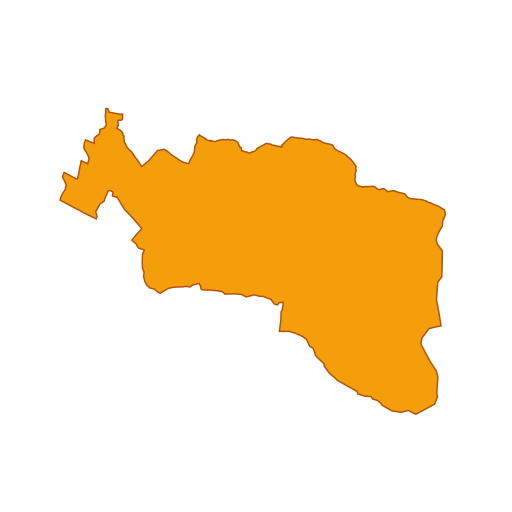 Dobarlau, Covasna, Romania, rotated 11°
{"feature_id": "2599482B41369855432730", "entity_name": "Dobarlau", "entity_type": "district", "adm_level": 2, "iso_a3": "ROU", "parent_name": "Romania", "parent_adm1": "Covasna", "projection": "orthographic", "projection_center": [25.881, 45.721], "detail": "fine", "context": "isolated", "style": "filled", "palette": "amber", "viewbox_px": 512, "rotation_deg": 11, "n_neighbors": 0, "source": "geoboundaries", "source_scale": "gbopen_adm2", "svg_char_len": 6014}
<svg xmlns="http://www.w3.org/2000/svg" viewBox="0 0 512 512"><g transform="rotate(11 256 256)"><path d="M443.2,380.8L459.6,367.3L461.0,359.7L459.5,355.6L457.6,340.1L454.9,334.4L446.6,325.8L434.6,310.9L434.6,304.6L439.8,294.1L450.9,289.2L446.6,277.3L441.5,264.5L440.9,259.7L439.4,246.8L442.4,241.0L438.0,215.5L431.7,209.7L429.9,205.8L429.8,204.0L430.0,201.9L430.5,199.0L431.7,195.2L432.3,193.8L432.9,192.2L433.0,191.3L433.0,189.7L432.7,185.8L433.6,181.6L433.9,179.3L433.8,178.2L433.3,176.9L433.0,176.3L432.5,175.6L432.3,174.8L427.7,173.2L425.8,172.4L425.2,172.3L422.4,171.8L420.0,171.3L417.0,170.5L414.7,170.3L412.2,169.5L410.0,169.2L407.7,169.1L405.1,169.3L402.3,169.7L399.9,169.9L397.2,170.2L395.6,170.1L393.9,169.6L390.1,166.7L388.9,166.5L384.2,166.3L382.3,166.2L380.5,165.8L379.6,165.7L378.6,165.6L376.1,166.4L375.3,166.7L374.4,167.3L373.4,167.6L372.4,167.3L371.1,166.6L370.0,166.0L368.8,165.7L368.0,165.7L367.3,165.8L365.9,166.5L364.3,167.3L363.7,167.4L363.0,167.3L362.1,167.0L361.3,166.6L360.3,165.9L359.7,165.6L359.1,165.4L358.3,165.4L357.3,165.4L355.8,165.6L353.1,166.5L352.2,166.7L350.4,166.9L348.9,167.5L346.9,167.9L344.0,167.7L342.6,167.5L341.1,166.5L340.0,165.2L338.6,162.7L338.3,160.7L338.4,158.8L338.1,158.0L337.5,156.9L337.7,155.7L337.7,155.1L337.8,154.6L338.0,154.1L338.0,153.1L337.2,150.8L337.0,149.8L337.0,149.4L337.2,149.1L335.7,147.5L332.9,144.9L331.4,143.7L329.4,142.3L326.8,141.0L325.9,140.2L325.0,139.6L322.8,138.9L319.0,137.7L316.6,137.2L315.7,136.9L312.9,135.7L311.5,134.2L310.4,132.7L309.7,132.5L308.5,132.3L307.2,132.2L301.4,132.0L299.8,131.9L298.7,131.4L298.0,130.9L296.9,130.7L295.5,130.5L293.7,129.9L289.9,131.1L287.8,131.1L286.8,131.0L285.8,131.1L284.0,131.6L281.6,131.9L279.9,131.6L279.1,131.7L278.3,131.8L275.9,132.0L274.7,132.2L273.8,132.2L271.9,132.3L268.7,132.3L267.5,132.7L264.0,136.9L261.5,140.6L260.4,142.3L260.1,143.3L260.4,144.2L259.0,144.0L257.6,143.9L256.9,144.1L255.5,144.1L251.7,143.9L250.5,144.0L249.6,143.5L247.3,143.4L246.4,143.4L245.4,143.4L244.6,143.7L243.7,144.2L243.0,144.9L241.9,145.9L239.7,147.5L238.7,148.4L237.7,149.1L237.1,149.7L236.6,150.4L236.1,151.2L235.9,151.8L235.3,152.8L234.8,153.4L234.2,153.7L232.9,154.3L231.8,154.8L231.1,155.6L230.2,156.0L229.1,156.2L227.9,155.8L226.6,155.7L224.8,155.9L224.1,155.4L222.2,155.3L221.9,155.5L221.5,154.3L220.6,152.8L220.5,152.2L219.4,152.4L218.6,151.2L217.2,149.0L216.4,148.0L215.8,147.6L214.5,147.1L213.0,146.6L210.6,146.4L209.0,147.0L206.0,147.0L204.1,147.7L201.5,148.0L200.7,148.1L199.8,148.6L197.7,149.3L193.5,151.8L192.4,151.5L191.7,151.6L191.4,151.4L190.4,151.4L189.6,152.0L189.3,151.3L188.7,151.4L187.6,151.6L186.6,151.7L186.2,151.6L184.0,150.8L184.1,150.4L181.2,149.5L180.5,149.2L178.5,148.6L177.3,147.9L177.1,148.2L177.1,148.4L176.3,149.5L176.1,149.9L176.0,150.2L175.8,150.8L175.7,151.6L175.6,152.3L175.7,153.3L176.1,155.1L176.2,155.5L176.1,156.9L176.0,157.1L175.3,158.7L175.2,159.2L175.1,159.7L175.1,160.7L175.4,164.1L175.6,165.7L175.6,166.3L175.2,167.8L173.8,172.2L173.5,173.4L173.1,174.2L173.1,174.7L172.1,178.2L169.5,178.1L167.0,177.8L165.9,177.6L163.8,177.0L162.0,176.3L159.9,175.2L157.6,174.5L156.8,174.1L155.6,173.6L154.8,173.2L153.8,172.8L149.2,170.2L145.7,168.8L141.8,170.3L140.4,170.9L139.7,171.0L139.2,171.1L139.1,171.4L138.8,172.0L137.3,174.6L136.1,176.6L134.9,178.8L132.7,182.5L132.9,182.7L130.9,185.0L126.8,189.9L125.7,188.9L123.6,186.8L121.2,184.4L119.6,183.0L117.9,181.5L117.2,180.7L115.8,179.2L115.6,179.1L113.8,177.2L113.3,176.9L111.5,176.1L110.8,175.6L108.9,174.0L108.3,173.4L107.1,171.7L105.7,170.1L105.3,169.6L104.9,168.7L104.5,167.6L103.9,165.8L103.7,165.2L103.6,164.8L103.6,164.4L103.7,163.6L102.8,163.0L102.5,162.8L102.2,162.3L102.1,161.6L101.7,161.0L101.2,160.3L100.5,159.7L99.9,159.2L99.4,158.9L98.6,158.5L97.3,158.1L94.9,157.1L95.6,155.0L95.9,154.2L96.0,153.6L95.8,152.9L95.3,151.8L94.8,150.8L94.6,150.2L94.7,149.5L95.0,148.9L95.3,148.8L95.8,148.9L96.9,148.7L97.7,148.4L98.4,147.8L98.7,147.0L98.7,146.4L98.0,142.2L96.4,142.7L93.0,142.8L87.5,142.8L84.1,142.8L83.8,142.0L83.5,141.4L82.4,139.7L80.5,139.8L80.5,140.6L81.1,143.7L81.2,144.7L81.2,145.8L81.3,147.2L81.9,149.3L82.7,152.0L83.3,153.7L84.1,156.3L83.3,157.5L83.2,158.0L82.8,158.9L82.3,159.5L80.8,160.4L78.9,161.4L78.6,162.5L78.9,162.7L78.9,163.4L78.9,164.7L79.0,166.1L76.1,169.3L75.1,170.7L74.9,171.3L74.9,172.6L75.7,176.3L66.5,174.6L66.3,176.0L66.0,178.2L66.1,179.7L66.3,181.8L66.7,183.3L68.3,185.3L69.3,186.1L71.2,188.4L72.7,190.6L73.2,191.5L73.5,192.8L73.3,195.7L73.3,197.6L66.3,195.8L66.1,196.7L66.4,197.8L66.2,199.7L66.1,204.0L66.2,206.1L66.2,211.3L65.9,213.9L65.7,214.4L64.9,214.6L51.9,210.6L51.7,210.6L51.0,215.4L53.7,218.9L55.4,221.3L56.2,222.4L56.3,223.2L56.0,224.4L55.9,225.0L56.1,225.6L55.9,227.6L54.5,230.6L53.9,232.6L53.3,235.7L53.0,238.5L61.3,241.1L67.7,243.1L74.3,245.0L81.5,247.3L92.1,250.0L92.4,247.7L91.4,245.2L90.1,243.3L93.0,234.7L96.6,230.9L96.6,228.9L97.2,225.8L98.1,222.6L98.4,220.1L101.1,219.6L103.6,220.7L103.5,224.4L107.9,225.0L108.3,224.5L114.9,232.0L118.0,235.3L127.1,241.7L138.7,250.9L134.5,257.8L131.1,264.2L136.2,267.1L137.3,268.7L139.1,270.6L145.2,271.4L144.3,276.7L145.6,284.2L146.9,289.6L149.3,293.5L149.5,297.5L151.8,302.3L154.2,305.2L157.9,307.6L162.5,307.9L167.2,310.5L169.1,310.8L176.0,304.6L179.7,302.9L183.3,301.8L189.8,300.3L193.1,299.2L197.1,299.0L199.7,296.4L205.3,293.8L207.5,296.3L208.2,298.7L209.7,299.5L218.2,298.1L224.9,297.5L229.9,297.4L232.8,299.3L241.7,297.3L249.2,296.4L254.0,298.1L261.6,294.5L267.7,294.8L270.7,294.3L278.8,295.7L282.9,299.4L285.3,300.0L286.6,299.7L287.5,297.5L291.1,296.3L291.9,298.0L292.0,304.0L291.3,306.2L292.5,313.1L293.4,325.5L302.6,323.7L308.5,324.2L316.5,325.9L321.5,328.3L326.1,334.4L329.9,335.8L333.4,342.3L339.2,346.3L341.1,347.3L343.3,348.8L344.0,349.5L343.8,350.8L349.1,355.9L352.5,358.3L355.7,360.0L359.8,362.6L381.1,369.7L382.3,372.0L389.2,372.8L395.8,372.1L398.0,374.2L402.8,374.6L406.6,376.7L408.3,378.5L414.9,380.7L419.2,382.1L428.2,381.7L435.1,378.5L440.5,380.2L443.2,380.8Z" fill="#f59e0b" stroke="#b45309" stroke-width="1.5"/></g></svg>